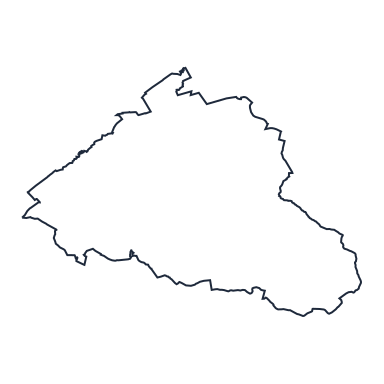 the district of Ulmeni, Maramures, Romania
{"feature_id": "2599482B24457515163522", "entity_name": "Ulmeni", "entity_type": "district", "adm_level": 2, "iso_a3": "ROU", "parent_name": "Romania", "parent_adm1": "Maramures", "projection": "natural_earth1", "projection_center": [23.289, 47.463], "detail": "fine", "context": "isolated", "style": "outline", "palette": "slate", "viewbox_px": 384, "rotation_deg": 0, "n_neighbors": 0, "source": "geoboundaries", "source_scale": "gbopen_adm2", "svg_char_len": 5933}
<svg xmlns="http://www.w3.org/2000/svg" viewBox="0 0 384 384"><path d="M338.3,306.9L341.8,302.9L341.7,301.6L341.2,300.0L339.4,298.4L346.1,293.5L348.6,292.2L351.7,291.8L353.3,292.6L354.2,292.3L355.6,290.4L357.0,290.0L358.7,288.6L359.0,287.0L360.9,283.0L361.0,281.9L360.6,280.4L358.7,276.5L358.4,275.1L357.3,273.5L357.1,271.0L355.5,267.0L355.6,265.0L355.0,263.2L355.0,262.4L355.9,261.4L356.4,258.7L355.6,255.5L355.6,254.3L355.0,253.4L354.3,252.9L351.3,251.3L349.7,250.8L347.1,249.5L344.4,248.7L343.3,247.5L343.1,246.8L343.4,245.6L343.1,244.3L342.6,243.6L341.3,242.5L341.1,242.1L341.4,238.5L341.8,237.1L342.6,235.8L342.8,235.2L342.6,234.9L339.4,233.5L338.2,232.3L335.7,230.8L334.3,229.8L331.2,229.5L329.6,229.0L326.7,229.1L320.7,226.6L320.0,225.8L319.3,224.5L316.8,222.4L316.3,221.7L315.5,221.3L315.1,221.2L313.6,220.1L312.0,219.6L310.7,218.5L309.7,218.1L309.2,217.2L308.5,216.8L308.4,216.4L306.5,214.1L306.0,212.8L305.4,212.0L304.3,211.9L302.8,210.6L302.0,210.4L300.7,208.8L300.5,208.3L299.4,207.2L296.8,205.8L296.0,204.9L295.1,204.6L294.2,203.4L293.4,203.3L293.1,202.9L292.1,202.4L291.6,201.1L290.0,200.7L288.7,200.9L288.0,200.5L287.6,200.6L287.4,200.4L286.6,200.3L284.1,200.2L283.2,199.4L283.0,199.0L281.1,198.4L280.6,197.9L280.5,196.9L280.2,196.4L279.6,196.2L279.8,196.0L279.0,195.0L278.8,194.3L279.4,193.1L280.4,192.4L280.7,191.9L280.7,190.6L280.4,189.8L280.0,188.0L280.2,187.0L281.5,185.6L282.2,184.5L283.4,181.1L286.4,179.4L286.2,179.1L286.3,178.9L287.0,178.4L287.6,177.5L289.1,176.6L288.9,176.4L289.0,173.1L292.4,173.0L292.2,172.2L285.4,160.7L283.8,159.1L283.0,157.7L282.2,154.7L281.5,153.5L281.9,151.8L282.7,150.4L282.9,148.0L284.6,141.0L279.0,139.5L280.8,131.8L281.0,131.5L276.5,129.3L274.0,128.5L271.9,128.1L270.3,128.1L265.4,129.1L267.8,123.9L267.1,123.7L266.0,121.5L264.1,119.7L262.8,119.1L255.2,116.8L253.3,115.6L251.1,112.2L250.0,107.9L249.9,105.8L250.3,104.8L252.1,102.6L246.8,97.9L245.6,97.3L243.9,97.0L241.1,97.6L241.0,99.1L239.7,99.1L237.9,98.6L236.9,97.9L236.2,96.9L226.5,98.4L206.8,104.1L198.8,92.8L190.7,95.1L191.4,91.3L177.8,95.2L176.3,91.7L176.7,91.2L176.6,89.8L177.5,89.7L178.4,90.0L179.0,89.9L179.5,89.4L179.8,88.4L183.0,86.4L183.0,86.0L182.5,85.1L183.1,83.9L182.5,82.8L182.6,82.3L183.3,81.3L183.2,80.9L190.8,77.5L185.5,68.0L185.1,68.3L183.8,68.0L183.1,68.5L182.9,69.0L183.7,69.8L183.8,70.3L183.7,70.5L181.9,70.3L181.5,70.5L181.5,70.8L182.6,71.3L182.8,71.7L182.8,72.1L182.3,72.1L180.5,71.3L180.0,71.5L181.1,73.4L180.9,74.1L180.4,75.0L177.4,74.0L173.2,73.8L172.1,73.5L170.6,74.3L163.4,79.4L162.7,80.2L152.4,87.2L145.1,92.7L146.0,93.8L144.5,94.7L141.9,97.7L143.1,98.8L150.7,111.6L145.8,113.4L145.3,113.4L145.1,113.2L138.6,115.1L138.0,114.8L136.2,112.3L135.4,112.1L130.4,112.4L129.8,112.2L129.8,112.3L122.5,112.8L122.6,113.5L117.7,114.2L116.6,115.1L118.3,115.1L119.1,115.3L119.3,115.9L119.9,116.3L122.1,119.2L116.9,123.4L115.3,125.4L114.6,126.7L114.2,127.0L112.2,132.0L112.4,132.3L112.2,132.7L112.9,132.9L112.5,133.6L112.0,133.5L111.9,133.3L107.8,133.9L107.2,134.7L106.3,135.0L105.3,135.7L102.4,135.3L101.6,139.2L96.5,140.9L94.8,141.8L94.2,142.6L94.3,144.2L92.6,145.0L91.2,146.1L91.5,147.1L90.3,147.8L88.2,149.6L87.4,151.4L86.7,151.8L86.4,151.2L85.7,151.3L84.2,150.8L83.6,152.3L82.9,152.6L82.3,151.1L81.8,150.9L81.0,151.4L81.7,152.2L81.5,153.3L81.1,153.4L79.6,152.3L79.2,152.7L80.1,153.8L79.7,154.1L78.5,154.2L78.5,154.6L79.0,154.9L79.3,155.6L79.3,156.0L79.1,156.7L78.4,157.0L76.4,156.7L76.4,157.0L77.0,157.7L76.6,158.4L76.1,158.9L74.4,159.0L73.9,160.4L72.7,161.1L72.5,162.5L72.3,162.9L69.6,163.1L67.1,165.0L65.9,166.4L63.2,167.2L62.9,167.9L62.7,169.5L60.6,169.8L56.7,171.1L55.6,170.4L53.3,172.1L52.5,173.0L49.6,175.1L49.1,175.7L48.3,176.1L47.4,177.1L35.9,185.6L30.3,190.2L29.1,191.4L28.0,192.0L28.4,192.6L28.1,192.8L32.6,197.4L34.8,200.0L36.3,199.0L36.8,199.0L39.8,202.2L39.8,202.4L38.9,202.2L38.4,202.4L30.7,207.9L29.8,208.4L27.3,211.0L24.9,215.0L23.0,216.8L23.4,217.0L23.2,217.7L26.3,218.0L30.5,217.1L31.2,217.7L34.8,218.8L37.7,218.6L42.1,221.6L46.1,223.7L47.1,224.5L56.2,229.5L56.4,229.8L55.2,230.6L55.0,231.2L55.2,234.3L54.6,235.3L53.8,238.0L55.3,241.8L55.8,243.7L58.1,245.5L59.9,247.4L63.7,249.3L64.8,250.2L67.3,255.1L74.6,255.2L75.2,256.4L75.7,258.1L77.1,257.4L77.4,257.8L77.0,259.1L76.4,260.0L76.4,261.1L84.1,264.8L84.4,264.9L86.3,256.6L85.0,256.1L83.8,254.8L85.0,254.0L85.2,253.1L86.8,250.9L92.9,248.8L95.4,250.9L100.9,254.0L100.7,254.7L104.0,255.9L107.9,258.6L109.9,259.5L112.2,260.3L114.8,260.7L115.6,260.7L116.9,260.2L118.4,260.3L128.2,259.3L130.2,258.7L131.1,257.1L130.1,256.5L130.1,254.5L130.5,253.2L130.4,252.1L131.2,250.3L131.4,250.3L131.9,251.5L133.5,252.8L132.7,253.4L132.5,254.4L132.5,256.0L134.1,255.6L136.0,256.0L136.5,255.9L138.4,260.1L139.4,261.0L141.4,262.1L143.8,262.6L144.8,263.3L145.7,264.4L148.1,264.7L148.9,266.4L150.8,268.6L151.5,268.7L151.6,269.3L157.4,277.5L160.7,276.7L164.7,275.3L166.0,275.7L166.3,276.0L167.1,276.4L168.1,276.5L168.7,277.3L169.7,277.5L170.4,278.6L171.6,279.3L175.0,283.0L176.6,284.2L178.0,283.4L179.1,282.2L179.5,282.0L181.7,283.0L186.0,285.4L191.0,285.8L194.8,284.7L196.0,283.7L197.4,283.2L199.9,281.8L203.9,280.8L210.1,280.2L211.7,289.9L215.2,289.3L217.3,289.1L219.9,289.8L222.0,289.8L224.1,290.1L227.7,291.2L228.6,291.3L230.2,290.4L231.5,290.3L233.1,290.7L237.9,290.1L240.4,290.5L242.6,289.9L244.3,290.0L245.1,290.2L247.1,292.0L249.9,293.6L250.6,293.5L251.6,293.0L252.5,291.6L252.6,291.1L252.2,289.4L252.5,288.3L253.6,287.8L256.3,287.2L259.3,288.1L261.0,289.8L262.6,290.3L264.8,290.7L262.6,298.8L264.2,298.7L265.8,297.6L266.8,298.1L269.3,300.6L270.2,301.8L272.8,303.8L273.5,304.6L273.4,305.4L275.8,308.2L276.8,308.8L278.1,309.4L281.5,309.3L283.5,309.1L288.4,310.2L290.1,310.2L297.1,314.0L298.9,314.4L303.0,316.0L304.3,315.7L307.4,313.3L311.6,311.6L312.1,311.2L312.5,309.0L312.8,308.8L319.7,309.0L323.9,309.5L325.1,310.1L327.7,313.0L328.5,313.5L329.2,313.7L331.9,312.4L335.8,309.3L337.7,307.1L338.3,306.9Z" fill="none" stroke="#1e293b" stroke-width="2"/></svg>